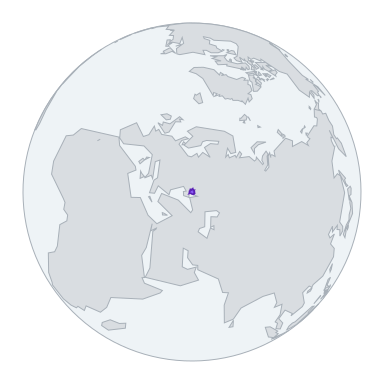 Zaporizhzhya on an orthographic globe, rotated 42°
{"feature_id": "UKR-331", "entity_name": "Zaporizhzhya", "entity_type": "Region", "adm_level": 1, "iso_a3": "UKR", "parent_name": "Ukraine", "parent_adm1": "", "projection": "orthographic", "projection_center": [35.703, 47.193], "detail": "fine", "context": "on_globe", "style": "filled", "palette": "violet", "viewbox_px": 384, "rotation_deg": 42, "n_neighbors": 0, "source": "natural_earth", "source_scale": "10m", "svg_char_len": 12053}
<svg xmlns="http://www.w3.org/2000/svg" viewBox="0 0 384 384"><g transform="rotate(42 192 192)"><circle cx="192" cy="192" r="169" fill="#eef3f6" stroke="#a8b0b8"/><path d="M148.7,28.7L154.2,28.6L149.5,29.5L151.5,29.7L157.5,28.7L161.0,28.1L176.2,30.1L196.0,31.5L203.2,30.4L200.9,32.1L215.1,29.6L226.4,31.1L213.0,30.4L211.2,31.3L218.7,32.5L218.4,33.7L221.9,35.1L220.9,36.5L213.2,36.5L212.4,37.5L217.7,38.4L220.1,40.7L212.4,39.1L215.8,43.0L203.5,44.5L183.8,40.7L176.3,44.0L154.3,47.2L155.7,48.6L148.3,51.2L147.1,54.0L143.4,54.2L145.7,56.3L149.4,55.7L151.6,56.5L151.2,58.2L146.4,58.6L145.9,57.8L144.3,58.8L142.0,58.3L142.9,59.5L137.1,60.0L142.3,62.1L137.2,64.6L133.5,64.3L134.7,60.9L129.0,53.0L125.6,52.2L119.7,54.1L106.7,64.6L102.7,65.4L96.6,68.9L98.4,69.8L103.8,67.4L105.8,70.3L112.2,67.4L113.9,68.4L120.2,67.1L118.3,71.0L113.1,75.7L107.8,77.1L105.4,79.3L109.7,81.3L99.2,87.5L91.0,98.1L88.3,99.5L84.5,95.8L86.3,87.1L81.3,83.7L83.6,89.9L77.0,93.9L75.5,96.4L75.3,98.7L77.5,98.9L75.0,101.2L71.8,95.7L74.0,93.4L75.0,95.1L75.8,91.2L73.6,88.1L70.4,90.7L70.5,84.3L68.2,86.2L66.9,86.1L70.6,83.4L64.0,88.4L63.6,84.0L54.7,93.8L64.5,82.0L68.6,77.1L72.8,72.4L71.3,73.8L75.5,69.6L84.6,61.6L94.2,54.2L104.3,47.6L114.9,41.7L125.8,36.5L137.1,32.2L148.7,28.7ZM29.4,146.2L27.4,154.6L27.2,155.0L24.2,173.9L23.7,190.0L23.6,197.9L23.4,199.3L23.9,204.7L23.9,206.8L28.5,228.4L33.0,243.2L34.4,250.2L33.5,250.5L33.9,251.5L30.1,240.2L27.1,228.7L24.9,217.0L23.6,205.1L23.0,193.2L23.4,181.3L24.5,169.5L26.6,157.7L29.4,146.2ZM46.1,106.7L46.0,107.0L49.0,102.1L51.5,98.1L53.5,95.3L52.7,96.4L43.0,112.7L45.8,107.3L46.1,106.7ZM53.5,96.4L55.0,94.0L53.8,96.0L53.5,96.4ZM162.7,27.7L157.7,28.6L152.3,29.2L156.4,28.3L162.7,27.7ZM172.9,27.5L170.5,28.1L168.5,27.3L170.5,27.2L172.9,27.5ZM208.4,29.6L204.4,29.3L208.3,29.3L208.4,29.6ZM222.5,35.1L223.7,34.9L225.0,35.7L222.5,35.1ZM120.8,65.1L120.5,66.0L119.5,65.7L120.8,65.1ZM123.8,63.6L122.8,62.6L124.1,61.8L124.7,62.5L123.8,63.6ZM224.7,38.8L226.4,40.4L223.4,38.7L224.7,38.8ZM124.7,65.2L126.5,60.5L128.8,59.2L132.9,60.6L124.7,65.2ZM226.5,41.3L230.6,45.6L233.7,45.4L227.4,48.7L226.0,43.8L221.7,41.6L225.2,42.2L226.5,41.3ZM150.7,54.8L146.8,55.5L150.3,53.4L150.7,54.8ZM152.4,53.3L160.2,46.3L165.8,46.3L162.0,48.5L169.5,47.5L168.4,50.9L164.0,52.2L160.7,51.5L162.8,53.4L152.4,53.3ZM223.2,50.0L223.1,51.2L221.8,50.0L223.2,50.0ZM152.8,56.7L153.8,55.2L158.7,55.0L157.5,58.1L156.3,57.1L152.8,56.7ZM172.0,45.7L175.4,46.3L175.5,49.2L176.8,49.8L168.9,51.0L172.0,45.7ZM155.0,58.0L156.7,59.7L154.1,61.4L152.0,58.2L155.0,58.0ZM160.5,53.8L162.8,53.9L161.1,54.8L160.5,53.8ZM145.7,68.6L146.9,66.6L149.6,66.3L145.7,68.6ZM157.5,60.2L158.4,59.6L159.6,59.3L160.2,60.8L157.5,60.2ZM169.5,53.1L168.8,54.2L172.7,52.7L172.9,55.0L167.6,55.5L169.9,56.2L170.0,56.9L165.6,56.6L169.5,53.1ZM164.3,61.5L157.6,63.2L154.8,66.9L152.3,67.2L157.2,61.2L164.3,61.5ZM165.4,58.6L164.2,60.4L161.8,59.7L161.2,58.1L165.4,58.6ZM175.0,56.4L176.1,52.8L177.2,52.9L175.0,56.4ZM164.0,62.7L165.6,62.2L164.0,63.0L164.0,62.7ZM172.1,58.4L172.3,57.1L173.6,57.2L172.1,58.4ZM168.7,62.6L166.5,63.1L166.0,62.0L168.7,62.6ZM170.6,60.8L172.3,61.2L167.1,61.3L170.5,60.2L170.6,60.8ZM173.3,58.7L174.1,58.3L173.0,59.3L173.3,58.7ZM171.8,66.9L165.3,67.2L164.3,64.5L170.7,64.6L171.8,66.9ZM68.5,261.6L60.9,234.4L65.7,229.1L67.3,218.9L100.9,200.1L107.2,205.9L132.7,210.8L135.7,213.2L131.8,221.2L150.3,236.7L157.3,230.7L174.9,238.7L187.1,239.1L193.1,222.9L173.0,221.9L170.4,213.4L187.2,207.2L204.9,208.2L204.5,204.9L194.0,197.7L198.8,191.6L190.5,194.7L193.3,198.1L188.2,200.3L185.3,197.4L187.1,195.2L182.0,193.5L174.6,204.7L176.7,209.4L162.8,210.0L165.0,218.0L160.9,221.0L155.8,208.6L156.9,204.5L146.8,189.7L144.4,194.0L153.8,208.4L150.5,206.8L147.3,213.4L147.2,207.1L137.5,190.8L125.5,189.9L108.9,201.9L102.1,200.2L97.1,193.7L104.5,177.6L118.7,183.3L121.6,178.2L119.9,168.2L124.3,171.0L125.4,167.7L130.9,169.5L139.7,164.0L145.5,165.0L150.1,155.5L153.7,154.8L149.9,160.5L150.4,165.2L164.8,167.9L168.0,166.3L169.8,160.0L173.5,161.8L173.5,155.4L182.3,154.1L171.5,150.6L173.3,143.7L179.3,139.2L178.0,136.4L168.3,144.0L166.2,147.6L167.5,151.6L160.0,161.7L154.8,162.5L155.3,150.0L147.9,149.9L151.5,140.7L175.4,125.2L184.9,123.0L198.0,133.3L195.2,137.5L189.1,135.7L193.7,143.6L193.8,139.9L196.9,141.6L199.5,135.9L201.8,136.8L200.3,130.0L203.5,130.5L204.4,134.8L210.8,127.4L217.7,127.2L218.0,125.1L216.5,123.0L226.2,124.3L226.0,122.8L222.7,121.7L220.3,118.0L219.7,112.1L223.1,112.9L223.8,115.1L230.2,121.2L231.5,127.3L232.8,127.1L232.5,122.0L224.7,114.5L223.4,110.8L227.6,113.7L225.9,112.3L226.4,110.8L229.9,110.0L225.5,106.6L225.5,89.4L232.5,86.7L236.2,91.0L239.8,81.1L247.3,79.6L244.3,78.5L244.0,73.5L241.6,73.8L240.2,73.0L238.3,61.2L240.5,59.4L236.3,53.8L234.7,53.3L232.8,54.3L227.4,48.7L233.7,45.4L236.9,46.6L238.7,44.0L245.7,47.2L252.3,49.0L259.0,54.5L263.7,55.7L263.8,54.6L270.3,55.8L283.0,62.5L272.0,61.8L252.7,54.3L260.5,57.6L258.6,58.4L261.2,60.6L266.8,63.0L267.5,62.3L275.3,75.4L288.2,86.5L287.8,81.1L291.6,80.7L305.9,90.4L321.8,115.5L327.0,116.7L330.0,120.0L331.4,125.8L327.1,121.1L324.9,122.8L322.3,119.5L323.1,127.7L319.3,123.4L321.8,132.2L325.2,133.8L325.9,127.9L329.7,137.9L335.4,138.7L340.5,145.4L345.5,167.0L344.0,179.8L344.8,182.7L342.0,183.5L341.6,192.8L349.7,199.3L350.7,203.3L348.4,217.8L347.8,215.2L340.2,217.5L341.3,228.1L347.1,228.6L349.2,234.8L345.8,237.4L343.4,232.3L340.7,232.9L339.6,224.3L334.0,215.2L330.4,222.6L329.0,217.4L320.7,212.0L314.6,222.1L306.1,245.4L307.8,258.8L303.6,267.6L291.6,254.5L286.5,242.5L282.0,246.2L269.8,239.0L248.3,245.9L245.4,242.7L241.3,245.7L232.7,243.8L228.4,238.2L223.1,239.6L234.8,254.1L240.4,252.5L245.4,244.9L247.6,250.3L255.8,253.1L246.1,269.5L214.3,286.7L211.6,276.7L189.2,247.4L190.1,243.7L190.0,243.3L189.7,242.6L187.3,248.5L183.6,242.2L195.2,263.9L197.0,272.8L213.9,287.4L212.2,289.1L217.7,291.6L235.9,285.0L235.9,288.3L227.1,304.5L202.3,324.7L205.8,334.8L204.4,342.6L189.5,347.5L191.3,352.1L183.7,353.3L183.6,355.4L177.8,357.0L167.8,357.4L150.4,354.4L148.8,352.9L139.3,347.7L126.0,333.4L129.9,328.3L128.2,322.4L115.6,304.7L118.3,297.2L115.0,292.3L108.3,290.7L104.6,284.7L100.5,282.8L75.7,272.7L68.5,261.6ZM88.5,214.2L87.4,217.2L88.5,214.2ZM223.2,217.5L234.1,216.4L229.8,206.4L233.6,205.3L230.8,202.4L229.4,205.7L222.6,197.7L227.4,193.7L226.4,189.1L222.7,189.4L214.9,198.0L224.7,209.3L222.0,214.1L223.2,217.5ZM27.4,154.9L26.8,157.7L27.1,155.6L27.4,154.9ZM35.8,129.5L34.6,133.0L35.3,130.3L35.8,129.5ZM41.7,115.2L36.6,126.9L38.1,122.5L41.5,115.3L39.8,118.9L41.7,115.2ZM51.8,98.2L50.6,100.1L50.1,100.6L51.8,98.2ZM52.6,97.8L52.9,97.3L54.0,95.8L52.6,97.8ZM77.2,94.2L77.4,94.8L76.6,97.3L75.9,96.6L77.2,94.2ZM80.1,106.7L76.1,110.3L78.4,107.1L76.5,106.6L79.2,99.4L87.2,99.9L83.1,100.8L80.1,106.7ZM84.9,90.4L82.3,94.6L84.8,90.0L84.9,90.4ZM125.8,149.4L127.2,152.4L124.6,155.6L117.3,155.3L121.1,150.6L125.8,149.4ZM130.0,156.1L132.4,144.3L137.0,144.3L134.0,146.2L136.8,147.4L132.7,150.9L134.8,162.8L132.5,166.5L120.3,163.3L125.5,162.2L123.8,159.2L130.0,156.1ZM130.4,117.2L131.6,113.0L140.1,118.4L138.1,121.8L130.7,121.5L128.8,117.3L130.4,117.2ZM131.5,69.0L131.3,67.6L132.7,67.4L133.9,68.5L131.5,69.0ZM146.1,67.7L133.4,75.0L132.6,73.7L126.2,80.0L121.6,79.2L125.9,75.1L117.6,79.3L119.6,75.3L114.2,78.7L124.3,69.6L125.9,66.4L125.9,70.2L130.1,71.0L132.3,70.4L139.9,66.4L145.3,60.4L150.2,60.5L152.4,62.2L151.8,63.7L148.8,63.1L150.3,65.5L145.4,65.8L146.1,67.7ZM174.2,86.8L170.8,84.7L173.0,91.1L168.2,90.8L168.7,91.5L164.9,93.1L161.1,96.5L159.1,95.8L158.5,97.4L156.0,98.6L154.5,100.7L150.3,100.2L148.2,102.8L147.4,101.1L144.8,105.7L144.8,102.2L141.5,103.6L143.3,106.3L124.1,100.4L116.0,101.3L109.3,104.2L110.2,98.1L117.0,91.7L126.5,86.4L134.1,86.7L133.1,84.1L136.5,83.5L135.9,85.8L138.8,82.0L141.4,82.2L149.9,78.5L152.5,73.2L155.7,71.9L155.9,74.1L158.9,71.3L161.5,74.6L163.8,73.8L168.7,76.5L167.9,81.5L170.5,80.2L174.3,82.4L174.2,86.8ZM173.0,67.7L173.1,73.3L170.5,76.0L163.1,70.3L160.6,70.6L155.8,67.4L159.7,63.7L160.7,64.9L162.6,65.2L160.6,66.2L163.7,65.7L165.2,67.4L167.9,67.5L167.2,69.3L173.0,67.7ZM139.8,210.8L142.2,211.8L146.2,212.3L144.3,216.6L139.8,210.8ZM133.0,199.8L135.3,199.8L134.5,205.8L132.0,204.9L133.0,199.8ZM137.2,194.9L135.5,199.4L134.9,196.4L137.2,194.9ZM152.1,160.3L154.7,160.2L154.7,161.7L153.0,163.6L152.1,160.3ZM179.7,107.0L178.2,105.1L179.1,104.4L179.1,99.2L182.6,99.2L184.1,102.3L179.7,107.0ZM189.3,225.7L185.4,228.8L183.7,227.2L185.4,226.5L189.3,225.7ZM163.5,223.4L169.1,226.3L162.9,224.6L163.5,223.4ZM183.6,106.2L183.2,104.0L185.2,105.4L183.6,106.2ZM185.3,99.0L187.8,100.1L183.1,98.6L185.3,99.0ZM233.6,337.8L222.3,350.6L214.2,351.7L212.6,349.0L216.7,341.7L226.0,338.3L230.6,333.8L233.6,337.8ZM356.6,230.0L351.7,244.3L349.3,248.5L350.3,245.3L354.2,236.7L356.6,230.0ZM350.1,245.6L345.8,248.6L337.0,243.5L340.3,239.9L348.8,238.0L348.4,240.4L350.9,239.6L350.1,245.6ZM358.8,214.7L358.2,220.6L355.9,228.1L354.6,230.9L353.8,226.9L354.3,222.2L355.5,219.4L357.9,196.5L359.1,195.2L358.9,203.6L359.8,204.7L358.8,214.7ZM308.6,259.6L312.6,264.7L310.1,267.8L308.6,259.6ZM357.2,183.7L357.3,193.5L356.7,182.5L357.2,183.7ZM355.8,174.8L356.6,177.1L355.6,176.6L355.8,174.8ZM346.3,186.3L345.2,190.0L344.4,188.3L345.3,182.6L346.3,186.3ZM344.3,151.2L347.3,156.5L348.1,159.0L346.1,157.2L344.3,151.2ZM213.6,105.4L209.7,112.4L209.3,117.9L212.7,121.6L206.2,119.6L206.8,111.1L213.6,105.4ZM223.7,91.2L220.6,88.3L223.0,87.8L224.0,88.4L223.7,91.2ZM221.1,90.7L215.4,90.6L214.3,87.9L219.1,88.5L221.1,90.7ZM199.4,98.0L198.0,100.0L196.4,98.7L199.4,98.0ZM360.2,208.4L360.2,207.5L359.7,212.5L359.3,215.6L359.2,216.4L359.5,212.6L360.1,204.4L360.3,199.8L360.9,190.2L360.2,203.4L360.3,205.1L360.8,198.3L360.4,204.9L360.4,205.8L360.2,208.4ZM360.7,183.4L360.7,182.8L360.7,183.4ZM360.2,181.5L359.3,180.8L359.3,185.7L358.5,173.2L359.6,175.8L360.2,181.5ZM358.2,175.2L358.3,179.7L357.7,173.1L358.2,175.2ZM357.8,179.1L357.0,176.4L357.4,174.4L357.8,179.1ZM358.3,173.7L356.9,168.1L357.8,169.8L358.3,173.7ZM354.7,170.8L356.9,170.5L355.4,175.1L351.6,165.8L352.0,162.7L354.7,170.8ZM333.0,116.7L330.9,114.8L330.1,111.6L331.8,113.8L333.0,116.7ZM325.7,100.5L329.2,110.2L331.7,118.5L332.6,117.8L336.2,123.6L332.9,122.3L328.7,113.3L327.4,107.8L323.9,103.6L321.0,97.9L316.4,94.3L314.1,91.0L317.8,92.7L325.7,100.5ZM314.5,93.0L305.6,85.7L305.7,81.9L307.7,82.7L311.8,87.5L311.5,89.2L314.5,93.0ZM303.5,83.0L303.1,84.6L289.1,79.5L286.2,77.6L296.9,79.0L297.1,80.7L300.5,82.7L303.5,83.0ZM224.9,51.3L223.3,51.2L224.4,50.5L224.9,51.3ZM238.9,73.3L237.1,72.0L238.4,71.1L238.9,73.3ZM232.8,68.0L232.5,69.9L231.4,67.6L232.8,68.0ZM232.2,74.5L231.7,70.6L234.2,74.8L232.2,74.5Z" fill="#d9dde1" stroke="#a8b0b8" stroke-width="1"/><path d="M192.4,193.6L192.1,193.7L192.1,193.8L191.9,194.0L191.6,194.2L191.5,194.3L191.4,194.3L191.1,194.8L191.1,194.7L191.3,194.5L191.2,194.5L191.1,194.4L191.1,194.2L190.9,194.1L191.0,194.2L191.0,194.3L190.9,194.4L190.8,194.6L190.7,194.6L190.7,194.4L190.6,194.2L190.4,194.0L190.3,193.9L190.2,193.9L190.0,193.7L189.9,193.5L189.8,193.4L190.0,193.3L190.0,193.2L190.1,192.9L189.9,192.7L189.7,192.5L189.7,192.4L189.7,192.2L189.6,191.9L189.5,191.7L189.4,191.6L189.2,191.7L189.1,191.3L189.0,191.1L189.5,191.0L189.8,190.9L190.1,191.0L190.3,191.0L190.5,190.9L190.4,190.8L190.4,190.7L190.5,190.6L190.5,190.4L190.4,190.3L190.4,190.2L190.2,190.0L190.2,189.9L190.3,189.9L190.4,189.7L190.2,189.6L190.3,189.5L190.3,189.4L190.3,189.2L190.4,189.3L190.5,189.4L190.8,189.2L190.9,189.3L191.1,189.2L191.3,189.3L191.6,189.4L191.8,189.3L191.9,189.2L192.0,189.2L192.0,189.3L192.4,189.4L192.5,189.3L192.5,189.5L192.7,189.8L192.8,189.8L192.8,190.0L192.7,190.0L192.8,190.1L193.0,190.0L193.3,190.1L193.7,190.1L193.8,190.2L193.9,190.3L194.0,190.4L194.0,190.5L194.1,190.8L194.3,190.9L194.5,190.9L194.6,191.0L194.8,191.1L195.0,191.2L195.0,191.3L195.0,191.5L194.9,191.5L194.8,191.4L194.8,191.5L194.7,191.6L194.4,191.7L194.5,191.8L194.4,192.0L194.5,192.1L194.6,192.3L194.8,192.5L194.7,192.7L194.6,192.8L194.6,193.0L194.4,193.1L194.3,193.3L194.2,193.5L194.2,193.4L194.1,193.2L193.9,193.2L193.8,193.3L193.7,193.3L193.4,193.4L193.2,193.6L192.9,193.5L192.7,193.5L192.4,193.6Z" fill="#8b5cf6" stroke="#5b21b6" stroke-width="1.5"/></g></svg>